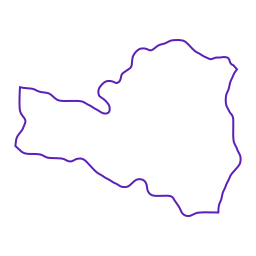 outline of El Factor, María Trinidad Sánchez, Dominican Republic
{"feature_id": "3306468B48172399013768", "entity_name": "El Factor", "entity_type": "district", "adm_level": 2, "iso_a3": "DOM", "parent_name": "Dominican Republic", "parent_adm1": "María Trinidad Sánchez", "projection": "robinson", "projection_center": [-69.924, 19.288], "detail": "fine", "context": "isolated", "style": "outline", "palette": "violet", "viewbox_px": 256, "rotation_deg": 0, "n_neighbors": 0, "source": "geoboundaries", "source_scale": "gbopen_adm2", "svg_char_len": 3238}
<svg xmlns="http://www.w3.org/2000/svg" viewBox="0 0 256 256"><path d="M218.3,212.5L218.5,208.5L218.9,205.6L219.4,203.8L221.1,199.8L221.6,198.0L222.6,193.3L223.2,191.6L225.1,187.7L226.4,184.2L228.4,180.3L229.9,176.9L230.7,175.2L232.5,172.8L237.3,167.4L238.5,165.9L239.6,164.2L240.0,163.2L240.5,161.3L240.6,158.4L240.4,156.5L240.1,155.6L239.4,153.9L237.8,150.9L236.4,147.4L234.4,143.5L233.8,141.7L233.6,140.7L233.4,138.7L233.2,135.5L233.3,121.8L233.2,118.8L232.8,117.0L232.2,115.4L230.0,112.6L226.8,106.6L226.5,105.8L226.0,103.9L225.7,101.0L225.8,98.0L226.2,95.0L226.8,93.3L228.6,89.3L230.3,81.9L232.5,77.1L234.0,73.7L234.9,72.2L237.0,69.3L233.3,65.2L232.0,64.6L230.9,63.7L230.2,62.5L229.2,59.6L228.4,58.3L227.8,57.8L226.3,57.3L223.9,57.0L220.2,57.5L216.4,57.5L214.9,57.9L212.2,58.9L210.8,59.1L210.1,59.1L208.7,58.6L203.5,56.2L199.2,53.5L196.1,51.9L194.5,50.7L192.3,48.6L188.1,44.2L185.9,42.2L184.2,41.1L183.3,40.7L181.4,40.3L178.5,40.0L174.6,40.1L171.7,40.4L169.8,41.0L165.4,43.2L163.7,43.8L160.3,44.6L158.7,45.3L157.1,46.2L153.6,49.0L152.2,49.9L151.5,50.2L150.7,50.3L150.0,50.3L148.7,49.9L146.7,49.0L144.2,48.4L141.6,48.5L139.8,48.9L138.2,49.8L136.0,51.7L134.2,54.0L133.2,55.8L132.8,56.7L132.4,58.6L131.7,65.0L131.2,66.7L130.8,67.4L129.6,68.5L123.2,72.9L122.1,73.9L121.4,75.4L120.7,78.6L120.1,80.2L119.8,80.9L118.8,82.0L117.5,82.8L116.8,83.0L116.2,82.9L114.9,82.5L112.9,81.6L110.5,81.0L107.9,81.0L106.1,81.4L104.4,82.3L102.2,84.2L100.3,86.4L99.2,88.1L98.6,89.9L98.3,91.8L98.5,93.6L99.0,95.3L99.4,96.0L100.0,96.6L103.3,98.9L105.5,100.8L106.8,102.2L108.6,104.5L109.4,106.3L109.6,107.2L109.7,109.1L109.5,110.8L109.1,111.7L108.6,112.4L107.9,113.0L107.1,113.3L106.3,113.5L104.7,113.5L103.0,113.2L102.2,112.9L100.8,112.1L98.0,110.3L94.8,108.6L90.6,105.9L87.4,104.3L83.8,102.2L82.1,101.5L80.3,101.2L77.5,100.9L63.9,101.0L61.0,100.8L59.2,100.5L57.4,99.9L56.6,99.4L55.1,98.3L50.8,94.6L49.2,93.6L48.4,93.3L46.6,92.8L41.3,92.1L39.6,91.7L37.8,91.1L34.2,89.3L32.4,88.8L30.4,88.5L23.5,87.9L20.0,87.2L19.7,92.4L19.5,100.0L19.5,105.3L19.8,109.5L20.2,111.5L20.9,113.4L21.9,115.0L24.1,117.9L25.0,119.4L25.3,120.3L25.4,121.1L25.4,121.9L25.0,123.4L22.7,129.0L21.7,130.6L18.1,135.2L17.1,136.9L16.7,137.8L16.0,140.6L15.4,146.0L20.5,150.7L22.0,152.0L23.7,152.9L25.5,153.5L28.3,153.9L36.1,154.0L39.9,154.4L41.7,154.9L45.4,156.8L46.1,157.2L47.9,157.7L50.6,158.0L58.9,158.3L61.7,158.5L64.2,159.2L67.8,161.0L69.4,161.4L71.0,161.4L71.8,161.2L73.3,160.6L76.1,159.1L77.8,158.7L80.4,158.5L82.1,158.8L83.9,159.6L85.4,160.7L87.5,162.8L92.3,168.0L94.4,170.2L96.6,172.2L98.6,173.6L101.8,175.4L105.4,177.8L109.3,179.8L113.5,182.5L116.7,184.0L120.3,186.2L121.9,186.8L122.8,187.0L125.4,187.1L127.2,186.7L128.0,186.4L128.8,186.0L130.3,184.8L134.5,181.0L136.0,180.0L136.9,179.6L138.6,179.2L140.4,179.2L142.1,179.6L143.0,179.9L144.4,180.9L145.0,181.6L145.9,183.0L146.6,184.7L147.3,189.2L147.8,191.0L148.7,192.5L149.8,193.8L150.5,194.4L152.1,195.2L153.0,195.5L154.8,195.8L157.7,195.9L167.3,195.7L170.0,196.0L171.6,196.6L172.3,197.1L172.9,197.7L175.1,201.2L178.5,206.0L179.9,208.5L181.4,211.9L181.8,212.6L182.9,213.9L184.3,215.0L185.8,215.7L187.5,216.0L190.0,215.9L195.3,213.5L197.0,212.9L198.9,212.6L204.0,212.3L218.3,212.5Z" fill="none" stroke="#5b21b6" stroke-width="2"/></svg>